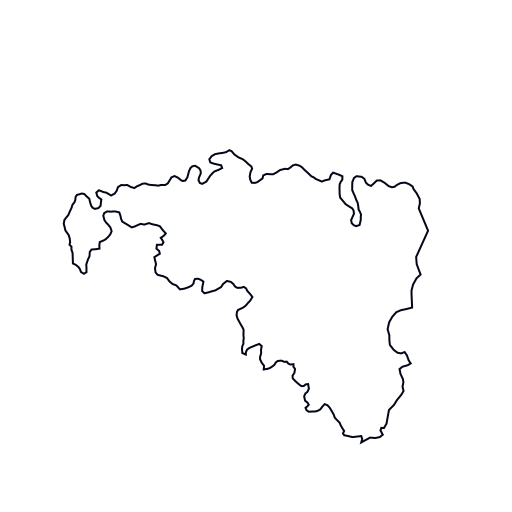 Turvelândia, Goiás, Brazil (orthographic projection), rotated 114°
{"feature_id": "56859067B88564210789001", "entity_name": "Turvelândia", "entity_type": "district", "adm_level": 2, "iso_a3": "BRA", "parent_name": "Brazil", "parent_adm1": "Goiás", "projection": "orthographic", "projection_center": [-50.301, -17.798], "detail": "fine", "context": "isolated", "style": "outline", "palette": "ink", "viewbox_px": 512, "rotation_deg": 114, "n_neighbors": 0, "source": "geoboundaries", "source_scale": "gbopen_adm2", "svg_char_len": 5335}
<svg xmlns="http://www.w3.org/2000/svg" viewBox="0 0 512 512"><g transform="rotate(114 256 256)"><path d="M128.8,141.2L128.1,145.2L128.3,149.5L129.5,151.8L130.8,153.8L134.1,156.4L136.3,157.5L137.9,159.8L138.2,163.2L136.8,168.4L136.3,173.1L138.0,176.4L141.1,177.6L145.2,179.4L145.3,182.6L144.3,185.4L141.4,188.4L140.7,191.7L142.2,196.6L144.8,198.2L149.2,198.1L153.1,196.5L156.7,194.9L159.1,192.3L161.1,190.0L164.2,187.0L166.1,184.7L169.3,182.6L171.8,181.2L173.4,179.0L175.4,176.9L177.7,176.2L180.3,175.0L185.6,174.0L188.0,176.7L188.1,179.2L187.1,181.9L184.5,183.7L180.1,183.7L177.6,183.7L174.8,185.3L173.4,187.3L172.9,190.8L172.2,195.2L170.5,198.6L168.5,202.8L165.4,204.8L160.1,207.3L156.6,208.7L154.2,208.8L151.1,208.2L148.0,209.5L148.0,213.4L148.5,219.5L151.5,220.5L156.1,220.1L158.9,223.9L161.2,226.1L161.3,232.6L160.7,235.3L160.7,237.8L159.3,241.5L157.4,247.3L156.2,250.2L155.8,253.0L156.3,256.9L158.3,259.2L161.3,260.7L163.6,262.1L164.5,264.9L167.6,268.9L169.8,270.3L171.8,271.5L174.5,273.8L175.8,277.1L176.8,279.8L179.5,282.2L182.5,281.6L185.2,283.2L188.1,284.9L189.7,286.8L190.8,289.7L188.5,292.4L185.9,294.1L181.9,295.1L177.7,295.1L176.1,296.7L175.0,300.9L174.1,303.2L173.0,307.2L173.0,312.1L172.0,317.1L170.2,320.9L170.2,323.4L173.3,325.6L175.4,328.4L177.0,331.1L179.6,334.8L182.8,337.1L186.6,338.0L189.1,335.8L188.8,332.2L188.3,329.4L187.3,324.7L189.4,322.7L192.6,325.3L195.6,328.3L197.7,329.3L201.8,330.6L205.0,331.1L208.2,331.6L212.0,334.5L212.1,337.0L210.1,339.4L207.3,340.0L203.2,340.0L200.7,341.2L199.0,343.5L198.3,348.3L200.0,350.7L202.5,351.7L205.9,351.7L211.9,350.7L215.8,351.2L217.4,353.6L217.1,356.0L216.2,359.1L216.1,362.9L218.5,365.2L225.5,366.1L228.1,367.8L229.9,371.9L231.5,373.9L232.5,377.3L233.6,380.2L234.5,383.1L234.7,386.5L236.2,389.2L238.3,390.8L240.5,392.9L243.4,394.8L243.9,398.4L243.5,402.5L244.9,405.1L246.0,408.0L249.2,410.1L253.1,409.8L256.5,410.5L259.7,413.0L259.3,415.9L259.0,418.6L259.6,420.9L259.7,423.2L259.9,426.3L263.0,427.7L265.9,425.3L266.8,422.8L267.2,420.3L270.0,419.5L273.3,418.4L276.4,419.5L278.5,422.4L278.4,424.9L277.2,426.9L274.7,429.2L271.5,431.6L270.4,435.1L269.2,438.1L269.8,440.6L271.4,442.4L273.1,444.5L275.5,444.8L278.1,443.9L280.7,443.7L283.9,444.5L287.1,444.1L291.2,444.2L294.9,444.1L297.7,444.9L301.0,445.7L304.8,444.7L307.8,442.3L310.2,440.5L311.5,438.3L313.1,435.6L315.8,433.3L318.8,431.5L321.6,430.9L322.5,428.4L325.4,427.1L327.8,424.8L337.3,420.2L337.4,417.0L338.3,413.7L339.6,411.5L341.8,409.4L342.2,406.0L339.8,404.3L335.9,406.0L332.8,407.6L327.4,408.1L324.0,408.0L319.9,409.5L317.0,408.9L314.6,404.5L312.9,402.0L310.1,403.4L306.8,404.4L303.7,401.5L301.9,400.2L298.5,398.7L295.2,397.9L292.0,398.0L289.1,400.7L287.5,403.8L286.4,406.6L284.9,409.0L281.3,411.9L278.5,412.1L275.8,410.1L274.4,406.3L273.1,404.1L272.3,401.7L271.8,398.6L274.5,396.1L276.9,394.4L279.0,392.1L279.7,386.2L280.4,381.2L278.6,379.0L276.4,377.1L273.6,374.5L272.7,370.8L269.5,367.2L269.1,363.1L268.2,359.3L267.9,356.0L270.2,351.8L272.1,347.6L275.1,348.5L278.1,350.4L279.4,348.3L281.1,346.1L283.9,346.4L286.1,351.1L289.8,349.9L290.8,346.5L293.1,344.8L295.7,346.6L298.4,348.4L301.2,346.3L304.1,344.0L308.3,343.3L311.8,341.1L313.2,338.4L312.8,335.6L312.2,332.6L312.3,328.4L314.4,324.7L315.5,321.0L315.3,316.7L317.4,312.0L315.1,308.3L312.2,305.2L309.3,302.7L306.5,301.9L304.1,302.5L301.8,302.4L300.3,299.6L300.2,296.7L300.8,293.6L306.2,292.4L310.0,290.9L311.0,287.9L308.6,284.7L305.8,281.5L304.0,279.2L301.2,277.2L298.7,275.3L294.9,274.7L290.6,272.4L289.9,268.4L290.8,265.3L292.4,262.8L292.7,260.1L291.0,256.6L289.2,254.7L289.6,252.0L291.5,249.6L293.1,245.9L294.9,242.6L299.4,243.2L301.7,244.1L303.9,244.7L305.9,245.4L308.5,246.9L310.7,248.8L312.7,250.5L315.1,250.6L318.1,249.6L320.6,247.5L324.7,242.2L326.6,239.4L328.5,237.3L333.6,235.2L335.9,233.8L338.8,233.0L341.2,231.8L344.0,231.8L346.4,231.1L350.2,229.0L350.2,225.2L348.0,226.1L345.2,226.1L342.6,224.6L340.6,222.7L338.3,220.6L335.0,217.3L336.0,214.1L339.6,213.3L342.8,211.7L346.2,211.3L348.6,210.4L351.1,207.5L353.0,204.0L356.5,202.8L354.2,199.3L352.5,197.6L350.1,196.1L347.9,194.9L345.1,194.6L343.0,193.4L341.2,190.1L341.2,187.1L340.0,184.9L341.1,182.9L341.2,180.5L339.6,177.8L342.0,176.7L343.3,174.4L347.0,173.4L350.6,173.9L352.9,172.6L354.4,168.9L355.6,165.1L356.4,161.8L355.5,159.6L353.0,158.3L351.8,156.3L355.7,153.7L359.3,153.8L361.6,155.0L364.7,154.9L368.2,152.3L369.0,149.2L370.5,147.3L372.6,148.0L374.6,149.0L376.3,147.1L376.8,144.6L375.8,142.5L373.6,138.1L372.0,136.4L369.8,134.8L366.5,134.1L363.4,133.0L363.3,130.0L364.5,127.2L365.9,125.1L369.1,120.7L371.7,118.2L373.1,114.8L374.3,111.8L376.2,109.8L378.2,107.1L380.0,104.3L382.7,104.4L383.9,102.5L383.2,99.6L382.2,94.2L377.7,86.6L380.0,84.5L383.5,84.0L375.5,77.9L373.7,72.9L371.1,69.3L367.7,67.5L364.8,71.3L362.0,71.6L361.1,69.1L356.0,68.6L342.6,71.9L335.7,69.3L330.6,68.7L323.6,66.8L319.3,66.3L315.8,69.0L311.3,70.0L308.6,71.8L304.9,76.1L300.9,78.9L297.5,77.1L294.0,72.9L291.2,71.0L289.3,74.0L285.5,77.6L283.3,81.1L286.0,83.9L286.8,87.5L285.7,92.1L282.8,97.5L278.9,99.8L274.3,101.9L269.3,106.0L262.4,107.4L256.2,106.8L250.3,105.0L246.6,101.6L243.2,96.9L239.6,92.4L227.4,98.5L224.2,99.9L218.2,100.9L211.1,100.3L206.0,98.1L198.2,105.8L191.8,109.3L162.9,109.1L146.3,126.7L141.2,127.7L137.3,129.7L133.4,134.7L130.7,139.4L128.8,141.2Z" fill="none" stroke="#020617" stroke-width="2"/></g></svg>